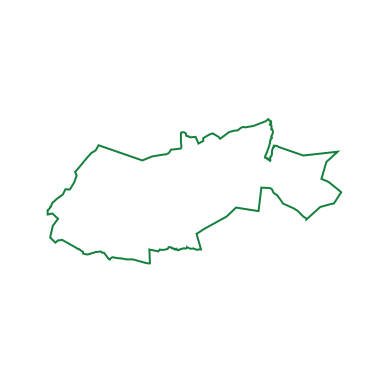 Høylandet nor, Nord-Trøndelag, Norway, rotated 54°
{"feature_id": "86288312B25157872919585", "entity_name": "Høylandet nor", "entity_type": "district", "adm_level": 2, "iso_a3": "NOR", "parent_name": "Norway", "parent_adm1": "Nord-Trøndelag", "projection": "albers", "projection_center": [12.389, 64.756], "detail": "fine", "context": "isolated", "style": "outline", "palette": "green", "viewbox_px": 384, "rotation_deg": 54, "n_neighbors": 0, "source": "geoboundaries", "source_scale": "gbopen_adm2", "svg_char_len": 5357}
<svg xmlns="http://www.w3.org/2000/svg" viewBox="0 0 384 384"><g transform="rotate(54 192 192)"><path d="M245.0,50.5L227.9,80.5L206.4,95.5L204.5,96.2L202.7,98.5L203.5,98.8L203.8,99.1L203.5,99.8L203.6,100.4L204.0,100.6L204.5,101.3L205.0,102.2L205.9,103.2L206.8,104.0L208.1,104.7L208.4,105.1L208.8,105.8L209.5,106.5L209.5,107.4L209.7,108.1L210.2,108.2L210.3,108.6L211.3,109.3L212.7,110.2L212.8,110.6L212.6,110.7L211.9,110.7L211.2,110.5L210.6,111.1L210.4,111.4L210.0,111.6L209.3,111.7L209.1,111.7L209.2,111.2L208.7,111.4L208.3,111.7L207.6,112.4L207.2,112.7L206.9,112.6L206.6,112.4L206.3,111.7L205.7,111.3L205.2,110.4L204.9,109.6L204.3,108.9L204.2,108.3L203.2,107.1L202.6,106.2L201.8,105.1L201.3,104.0L200.6,103.2L199.7,101.8L199.0,101.3L198.7,100.9L198.4,100.1L197.6,99.6L197.2,99.3L196.8,99.2L196.5,98.3L196.3,97.9L195.7,97.8L195.3,97.1L195.4,95.9L195.1,95.8L195.0,95.3L194.8,95.2L194.2,95.4L193.8,95.4L193.4,94.9L192.9,93.7L192.3,92.6L191.7,92.0L191.2,91.4L190.7,91.0L189.8,90.7L189.0,90.4L188.2,90.3L188.0,90.5L188.0,90.9L187.6,90.9L187.1,90.5L186.8,90.1L186.3,89.6L185.6,89.3L185.5,88.9L184.1,88.9L183.6,89.4L183.1,89.4L183.0,88.9L183.1,88.3L183.2,88.0L182.3,87.7L181.9,87.5L182.0,87.3L182.2,87.0L181.9,86.8L181.3,86.6L181.0,86.6L180.9,86.8L180.8,87.1L180.5,87.2L179.7,87.3L178.5,87.3L178.3,87.7L178.2,87.9L178.1,88.3L177.9,88.2L178.0,88.9L178.0,91.0L178.0,91.5L177.4,92.9L177.4,93.3L174.6,103.7L170.9,111.1L169.7,112.0L168.8,114.4L169.0,119.0L167.6,121.0L165.3,126.7L165.5,137.9L162.8,138.2L156.8,140.8L155.8,143.7L155.0,151.2L157.3,152.9L156.6,158.3L149.5,156.7L147.3,160.4L146.6,161.3L146.2,161.6L145.3,162.1L144.8,162.2L144.2,162.6L144.0,162.9L143.9,163.2L143.7,163.3L143.4,163.5L142.6,163.4L142.2,163.2L141.6,162.7L141.2,162.6L140.8,162.6L139.6,163.1L139.1,163.3L138.5,164.0L138.1,164.5L137.8,165.2L137.7,165.5L137.7,165.8L137.8,166.3L144.8,171.4L147.6,173.0L149.3,174.1L149.6,174.4L149.9,174.8L150.1,175.3L150.2,175.7L147.6,180.3L145.4,184.1L146.8,187.6L146.7,189.0L146.1,191.2L146.0,191.5L145.3,192.5L144.8,193.3L139.7,203.6L137.3,213.6L119.8,225.8L99.3,240.1L101.7,245.5L101.3,250.4L102.6,256.8L105.9,269.5L107.0,274.7L111.0,275.7L114.2,280.5L114.6,281.3L115.1,281.9L118.0,288.9L117.9,289.2L117.9,289.3L117.9,289.5L117.9,289.8L117.8,290.0L117.7,290.1L117.5,290.4L117.3,290.5L117.2,290.7L117.0,290.8L116.8,291.2L116.7,291.3L116.3,291.7L116.0,292.0L115.7,292.3L115.5,292.6L115.4,292.8L118.1,297.9L118.1,305.8L118.6,308.8L118.5,309.9L118.5,310.8L118.5,311.0L118.9,311.7L119.2,312.2L119.3,312.3L119.4,312.5L119.5,312.6L119.6,312.8L119.7,313.1L119.8,313.3L120.2,313.8L120.3,313.9L120.5,314.2L120.7,314.3L120.9,314.6L121.0,315.1L120.8,315.8L121.3,316.3L121.5,316.6L121.7,317.2L121.9,317.9L121.8,318.1L121.8,318.4L121.8,318.6L121.9,318.8L121.8,319.2L121.9,319.5L125.4,322.0L127.3,317.6L135.0,316.1L135.9,319.2L136.2,320.3L136.4,320.8L137.6,324.6L143.6,331.4L145.4,333.5L152.7,332.3L152.4,328.6L153.4,327.4L154.3,325.2L156.2,324.4L166.8,319.5L171.7,317.4L171.8,317.0L176.4,315.4L177.1,315.8L177.9,316.2L178.9,315.4L179.8,314.6L180.8,313.8L181.0,313.2L181.6,312.3L181.8,311.6L182.2,310.9L182.2,310.2L182.4,309.5L182.6,309.0L182.9,308.6L183.9,305.2L184.0,304.9L184.8,303.9L185.4,302.6L186.7,300.6L188.3,300.4L189.4,298.9L197.6,298.7L198.4,298.1L198.0,297.3L197.8,296.1L198.1,294.6L199.6,293.1L201.2,291.7L203.8,288.7L205.8,286.6L207.8,284.9L211.8,279.4L222.4,271.0L224.4,268.9L225.0,268.0L213.5,260.3L220.3,254.1L219.6,252.0L222.0,249.3L223.4,246.1L223.7,244.9L222.9,243.3L224.4,241.5L224.8,241.3L225.1,241.2L225.5,241.4L225.9,240.9L226.2,240.7L226.3,240.6L226.6,240.5L227.0,240.3L227.3,240.1L227.6,240.1L227.9,240.0L227.9,239.9L228.0,239.8L228.2,239.5L228.3,239.5L228.4,239.3L228.2,239.3L228.5,239.1L228.4,239.0L228.6,238.9L228.8,238.9L228.8,238.7L229.0,238.6L229.2,238.4L229.1,238.2L229.3,238.2L229.3,238.3L229.5,238.2L229.8,238.1L230.0,238.0L230.2,237.9L230.4,237.8L230.4,237.7L230.5,237.6L230.6,237.3L230.6,237.2L230.8,237.2L230.9,237.3L231.0,237.3L231.1,237.2L231.2,236.9L231.4,235.6L231.5,235.2L231.5,234.9L231.6,234.6L231.8,234.3L231.9,234.0L232.0,233.7L232.2,233.1L232.3,232.7L232.4,232.3L232.5,232.1L232.9,231.6L233.1,231.2L233.4,231.0L233.6,230.9L233.8,230.6L234.0,230.4L234.3,229.8L234.3,229.7L234.2,229.4L234.0,228.8L233.9,228.7L234.0,228.7L234.2,228.3L236.8,226.7L237.2,226.3L237.6,225.8L238.4,224.2L238.8,223.7L239.2,223.5L239.6,223.3L240.1,223.1L240.9,222.5L241.6,222.0L241.8,221.8L241.9,221.6L242.3,220.8L242.3,220.7L242.5,220.1L242.8,219.6L243.0,219.4L243.2,219.1L243.6,218.8L243.8,218.5L228.5,212.9L228.8,209.0L228.9,206.4L229.2,202.5L232.2,178.6L230.5,165.5L246.6,149.4L229.2,133.3L230.2,132.2L232.9,128.7L234.5,126.9L235.6,126.1L236.5,125.8L237.1,125.8L238.2,125.9L238.8,126.2L239.6,126.4L240.2,126.4L241.2,126.3L242.1,126.0L243.1,125.7L243.6,125.3L244.9,125.1L245.6,125.0L246.9,125.0L251.3,125.0L253.9,125.2L255.0,125.1L255.7,124.7L256.9,124.0L258.3,123.2L259.5,122.5L262.2,121.0L263.8,120.0L264.5,119.6L265.7,119.1L267.4,118.4L268.6,117.9L270.0,117.5L273.2,117.0L276.7,116.5L277.5,116.3L280.0,115.3L280.4,115.2L280.8,115.3L281.5,115.7L279.5,97.0L283.2,87.2L284.7,83.9L279.9,71.5L278.2,71.8L275.5,72.5L264.2,75.6L262.4,76.6L259.6,78.3L257.5,79.6L256.6,78.5L255.0,76.3L253.2,74.1L251.4,71.7L249.6,69.5L246.7,65.5L246.4,63.8L246.3,61.5L246.0,59.1L245.5,55.5L245.3,52.7L245.0,50.5Z" fill="none" stroke="#15803d" stroke-width="2"/></g></svg>